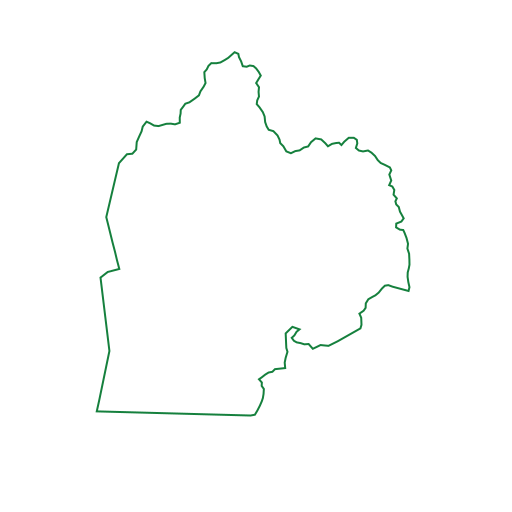 Caturama, Bahia, Brazil, rotated 15°
{"feature_id": "56859067B37674198334036", "entity_name": "Caturama", "entity_type": "district", "adm_level": 2, "iso_a3": "BRA", "parent_name": "Brazil", "parent_adm1": "Bahia", "projection": "albers", "projection_center": [-42.287, -13.232], "detail": "fine", "context": "isolated", "style": "outline", "palette": "green", "viewbox_px": 512, "rotation_deg": 15, "n_neighbors": 0, "source": "geoboundaries", "source_scale": "gbopen_adm2", "svg_char_len": 2539}
<svg xmlns="http://www.w3.org/2000/svg" viewBox="0 0 512 512"><g transform="rotate(15 256 256)"><path d="M412.4,250.3L412.3,246.4L409.9,241.8L407.8,236.9L406.8,232.6L406.8,228.4L406.5,224.7L405.1,219.8L403.3,214.2L400.3,209.6L399.7,204.9L396.7,199.6L393.5,195.2L391.5,192.8L388.2,193.3L383.9,192.1L383.1,188.4L387.5,185.1L388.9,181.4L386.7,179.1L383.6,175.9L381.2,171.7L378.1,169.9L376.5,167.1L377.1,163.9L373.0,161.2L372.5,156.4L369.7,153.6L366.3,153.1L367.1,148.1L363.7,142.8L364.5,138.3L362.4,135.8L356.7,134.6L352.4,133.9L348.8,131.9L345.1,128.6L340.8,126.3L336.9,125.1L332.3,127.3L328.1,127.5L324.5,125.8L324.7,121.0L323.3,117.7L319.9,116.5L315.0,117.8L311.7,122.7L309.8,126.7L306.9,125.1L304.0,126.2L300.4,128.0L297.1,131.4L293.7,129.1L288.8,126.5L283.1,127.0L279.7,131.8L278.0,136.7L274.2,138.8L270.8,142.7L266.8,144.5L263.1,147.7L258.2,147.1L254.0,142.9L250.2,140.7L248.6,137.5L245.6,134.0L240.5,130.9L235.6,130.8L232.8,128.1L230.2,124.3L228.2,119.0L225.4,115.3L220.8,111.4L217.4,109.1L216.9,105.4L217.6,101.2L216.0,96.8L215.2,92.2L211.4,88.9L212.6,84.7L213.9,80.5L211.0,77.5L207.6,74.8L204.4,73.2L200.7,73.6L198.0,75.6L194.1,76.1L191.3,71.9L188.1,68.3L186.6,65.3L182.6,64.7L180.4,68.0L177.9,71.8L175.1,74.8L171.5,78.3L167.7,80.1L162.9,81.3L160.9,84.6L160.1,88.6L158.5,91.8L160.4,97.4L162.5,102.0L161.6,106.0L159.7,111.4L159.3,115.6L156.1,119.8L151.9,124.8L148.3,127.2L147.1,130.4L145.5,134.3L146.3,138.0L146.5,142.0L147.9,147.0L143.7,149.8L139.5,150.2L135.2,151.5L128.3,155.7L123.8,156.4L119.3,155.2L115.5,154.6L113.1,160.3L113.2,165.2L112.3,170.3L111.3,176.8L112.0,180.5L112.7,184.2L110.1,189.2L105.0,191.1L99.6,201.8L101.3,257.2L104.7,263.3L113.9,280.0L118.7,288.4L122.8,296.0L125.6,300.9L127.3,303.9L116.9,309.8L111.4,317.1L139.0,385.7L140.2,406.5L141.9,435.9L142.4,447.3L292.0,411.5L296.0,409.6L297.3,405.0L298.5,399.5L299.2,394.8L299.4,391.5L299.0,387.3L298.0,382.4L295.1,380.0L294.4,376.7L290.8,374.3L292.9,371.8L295.6,368.2L298.3,365.3L301.8,363.6L303.6,360.4L313.2,356.7L311.3,351.5L311.0,346.5L311.2,340.4L309.1,337.0L308.1,333.9L304.7,323.1L306.4,320.2L309.5,315.0L317.0,315.6L314.8,318.7L313.6,322.8L311.7,325.8L314.6,328.1L317.7,328.9L321.6,328.6L325.6,328.8L329.6,327.4L334.9,330.9L338.2,328.1L341.4,325.3L345.2,324.7L349.3,324.0L357.0,317.2L375.6,298.9L375.7,295.2L374.6,291.6L373.6,288.4L370.8,284.9L374.1,281.0L375.3,277.7L374.3,273.3L375.7,268.7L379.1,265.3L381.5,263.1L384.0,259.6L386.1,254.8L388.2,251.3L391.4,249.9L395.8,250.3L406.3,250.3L412.4,250.3Z" fill="none" stroke="#15803d" stroke-width="2"/></g></svg>